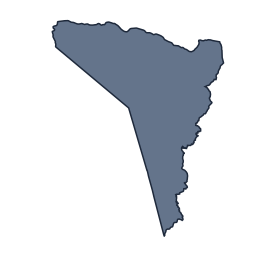 Chasefu, Eastern, Zambia, rotated 277°
{"feature_id": "96606910B72978673218668", "entity_name": "Chasefu", "entity_type": "district", "adm_level": 2, "iso_a3": "ZMB", "parent_name": "Zambia", "parent_adm1": "Eastern", "projection": "albers", "projection_center": [32.897, -11.923], "detail": "fine", "context": "isolated", "style": "filled", "palette": "slate", "viewbox_px": 256, "rotation_deg": 277, "n_neighbors": 0, "source": "geoboundaries", "source_scale": "gbopen_adm2", "svg_char_len": 5863}
<svg xmlns="http://www.w3.org/2000/svg" viewBox="0 0 256 256"><g transform="rotate(277 128 128)"><path d="M25.2,177.2L25.8,177.4L26.1,177.6L27.2,177.3L28.2,177.6L29.7,178.2L30.7,178.1L31.4,178.3L32.1,178.9L32.5,179.5L32.6,180.7L32.9,181.6L33.5,181.9L34.2,182.2L34.7,182.6L35.4,184.2L36.0,184.4L38.5,184.8L39.1,185.0L39.7,185.4L39.9,185.7L40.2,187.5L40.5,187.9L41.7,188.2L42.6,188.2L43.0,188.4L43.4,188.5L43.9,189.7L43.9,190.1L43.6,190.7L43.5,192.1L42.9,193.0L43.4,193.5L43.9,193.7L44.3,193.7L46.1,192.7L46.4,192.8L46.6,193.2L46.9,193.1L47.4,193.1L47.8,192.4L48.5,192.1L48.9,191.5L49.8,191.1L50.1,190.7L50.6,190.5L51.3,189.2L52.0,188.9L52.7,189.2L52.9,188.6L53.3,188.4L54.5,188.8L55.4,187.9L55.5,187.3L55.7,187.1L56.1,187.0L56.4,187.2L56.5,187.2L57.3,185.8L57.5,185.7L58.5,186.2L59.1,187.0L59.5,186.9L59.7,186.6L59.6,185.7L59.7,185.1L60.0,185.1L60.3,185.4L60.4,185.7L60.7,185.7L60.9,185.5L60.8,185.0L61.0,184.7L61.4,184.9L63.0,184.7L64.0,184.8L64.9,184.5L65.2,184.6L65.3,184.7L65.7,184.6L65.9,184.5L65.9,184.1L66.1,184.0L66.6,183.9L66.9,184.3L67.1,184.3L67.7,184.0L67.8,183.7L68.1,184.0L68.4,186.1L68.8,187.3L69.3,187.3L69.8,187.1L70.0,187.2L71.8,190.5L72.4,190.8L72.7,190.7L73.7,190.9L74.5,190.8L74.7,191.4L74.5,192.8L74.8,192.9L75.5,193.0L75.9,193.8L76.1,194.0L76.4,194.1L77.4,193.8L78.4,192.5L79.4,192.0L79.7,191.2L80.4,190.7L80.7,191.0L80.7,191.4L81.2,192.3L82.2,193.1L83.3,192.9L84.5,193.1L85.4,193.0L87.3,193.0L88.1,192.9L90.1,192.3L91.4,191.3L93.0,189.4L93.5,187.8L93.6,187.2L94.4,186.3L95.3,186.3L97.1,187.2L99.4,186.5L100.3,186.9L102.1,186.9L104.5,185.9L104.8,186.0L105.7,185.8L106.7,185.8L107.5,186.2L109.0,186.1L109.4,186.2L109.6,186.9L110.1,186.8L110.2,186.2L110.8,185.6L111.4,185.4L112.0,184.5L112.5,184.1L113.9,183.7L114.8,183.6L115.7,184.0L116.4,184.5L116.0,185.1L115.8,185.2L114.7,184.5L114.8,186.3L115.1,186.4L115.4,186.8L115.3,187.3L114.9,187.4L115.0,187.8L114.7,188.1L114.8,188.5L115.3,188.3L115.7,188.8L116.9,189.1L117.2,189.4L117.5,189.2L118.0,189.2L118.0,189.4L117.9,189.4L117.8,189.5L118.1,190.1L118.2,190.7L118.2,191.7L118.4,192.4L118.8,192.7L119.7,192.9L119.8,193.0L119.8,193.3L119.5,194.0L120.0,194.5L120.9,194.8L121.1,194.7L121.5,195.3L122.4,195.0L123.3,195.3L123.7,195.5L124.0,196.2L124.4,196.4L125.1,196.0L126.1,196.5L126.4,196.5L127.4,197.1L128.2,197.8L128.4,197.8L128.4,198.1L128.7,198.5L128.9,198.5L129.0,198.3L128.9,197.9L129.1,197.6L129.1,197.3L129.1,197.1L129.4,197.0L129.6,196.8L129.9,196.8L129.9,196.4L130.1,196.4L130.1,196.7L130.3,196.5L130.6,196.5L130.6,196.3L130.8,196.2L131.0,196.2L131.4,196.7L131.4,197.0L131.6,197.2L131.4,197.5L131.5,198.0L131.8,198.1L132.2,198.0L132.2,197.8L132.6,197.9L133.0,197.8L133.3,198.6L133.2,199.4L133.3,199.4L133.4,199.6L133.7,199.8L133.7,200.1L133.9,200.5L135.1,200.3L135.6,200.3L136.3,200.0L136.6,199.1L137.5,198.6L137.8,198.2L138.7,196.7L138.7,195.7L138.9,194.9L139.9,195.0L140.8,194.7L141.0,195.1L141.2,195.4L141.5,195.5L141.4,195.8L141.9,196.0L142.0,196.1L142.3,196.3L143.3,196.5L143.9,197.3L144.2,197.1L144.3,197.3L146.7,197.5L146.9,197.7L147.3,198.1L148.0,199.1L148.5,199.5L149.7,200.8L150.2,201.2L150.4,201.2L151.2,201.6L151.6,202.5L151.6,203.0L152.1,203.3L152.6,203.6L153.1,203.6L154.8,204.5L155.5,204.6L157.5,205.8L158.5,205.8L158.9,205.5L159.4,205.5L161.4,206.8L162.5,207.8L163.3,208.2L163.8,208.0L164.9,206.5L165.9,206.0L166.9,205.3L167.1,205.4L167.7,205.2L168.4,205.3L168.9,205.8L170.8,205.8L171.6,205.8L173.9,205.1L174.2,204.8L174.6,204.2L174.8,204.0L174.9,203.8L176.2,203.1L176.4,202.6L176.9,202.1L177.1,202.1L177.6,201.6L177.8,201.1L177.9,200.7L178.3,200.3L178.5,199.6L179.4,201.1L179.8,201.5L180.1,202.7L180.2,203.0L180.7,203.4L180.8,203.7L181.8,204.3L182.0,204.2L182.5,204.6L182.9,204.7L183.1,205.0L183.5,205.1L183.9,205.6L184.1,206.2L184.5,206.5L184.7,206.8L184.9,206.9L185.2,206.9L185.6,207.3L186.2,207.5L186.7,207.6L186.7,208.3L186.9,208.5L186.7,209.0L186.8,209.5L187.3,209.5L188.0,209.6L188.8,209.7L189.6,209.2L191.7,209.1L192.0,209.3L192.1,209.6L193.3,210.6L194.3,210.8L195.4,210.7L197.7,211.5L198.3,211.9L200.7,212.2L201.5,212.6L202.2,213.4L204.2,214.9L209.4,212.9L216.4,211.8L217.3,211.4L219.6,211.1L221.9,210.2L223.8,208.8L224.7,208.5L225.1,201.4L225.5,199.2L225.4,198.1L225.5,197.4L225.0,195.9L224.6,195.5L224.7,193.9L223.9,192.6L223.8,191.9L223.7,190.7L224.1,189.4L223.9,188.2L223.8,187.8L223.5,187.6L222.6,187.6L222.3,187.9L221.0,188.2L219.3,188.0L216.4,186.6L214.2,184.7L213.2,184.3L212.0,182.7L211.5,181.8L211.4,181.4L211.4,180.1L211.6,179.1L213.0,176.6L213.4,174.6L214.5,172.9L214.6,172.6L214.3,171.0L215.7,168.0L215.6,163.3L217.9,161.0L218.7,157.5L220.1,153.8L220.3,153.4L222.2,151.9L222.7,151.0L223.4,149.7L224.0,147.8L224.7,144.9L224.6,143.9L223.9,142.5L223.8,141.8L224.7,139.9L225.2,138.0L224.9,135.6L224.9,134.8L225.3,133.9L226.5,132.7L227.0,131.6L228.2,124.5L228.2,124.0L227.2,119.2L226.9,118.4L226.2,117.6L224.8,116.7L223.6,115.6L223.3,114.9L223.3,114.1L223.3,113.4L223.5,112.4L223.9,111.4L224.6,110.2L225.1,109.3L227.3,106.8L228.3,105.6L229.2,103.9L229.4,103.1L229.9,102.5L230.1,101.6L229.9,100.5L230.3,99.1L230.8,96.2L230.7,95.3L230.1,93.6L229.7,93.2L227.9,92.3L227.7,91.9L227.6,90.6L227.0,89.5L226.8,89.0L227.0,88.6L227.9,87.2L228.1,86.4L228.1,86.0L227.8,85.3L227.0,84.4L226.8,84.1L225.8,80.3L225.7,79.4L225.6,77.7L225.8,76.4L226.2,75.8L226.3,74.9L226.0,73.6L225.5,72.5L225.5,72.0L226.1,69.4L225.2,66.7L225.1,65.3L225.4,63.7L226.1,61.2L226.1,58.6L227.2,55.8L227.2,54.9L226.7,51.9L225.3,46.4L225.0,45.4L224.6,45.2L222.4,45.2L221.4,44.8L220.8,44.1L220.1,42.2L219.5,41.4L218.8,41.4L218.0,41.7L217.6,42.2L217.3,42.9L217.0,43.1L216.4,43.1L216.1,43.1L215.5,42.6L214.7,41.2L214.2,41.1L211.0,42.5L210.6,42.3L209.3,42.5L204.9,45.4L203.8,45.4L202.8,46.0L201.8,46.2L200.1,46.2L199.6,46.5L148.0,126.2L88.4,151.9L88.4,152.1L86.2,153.0L82.7,154.2L69.4,159.7L62.4,162.3L26.4,176.5L25.2,177.1L25.2,177.2Z" fill="#64748b" stroke="#1e293b" stroke-width="1.5"/></g></svg>